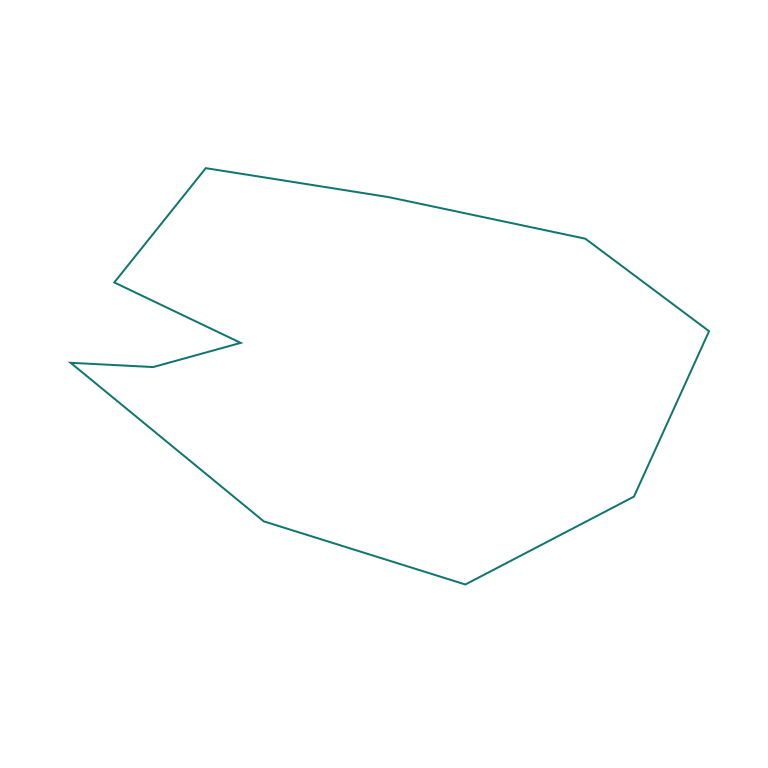 outline of Cork, rotated 189°
{"feature_id": "IRL-5569", "entity_name": "Cork", "entity_type": "City", "adm_level": 1, "iso_a3": "IRL", "parent_name": "Ireland", "parent_adm1": "", "projection": "natural_earth1", "projection_center": [-8.45, 51.888], "detail": "fine", "context": "isolated", "style": "outline", "palette": "teal", "viewbox_px": 768, "rotation_deg": 189, "n_neighbors": 0, "source": "natural_earth", "source_scale": "10m", "svg_char_len": 309}
<svg xmlns="http://www.w3.org/2000/svg" viewBox="0 0 768 768"><g transform="rotate(189 384 384)"><path d="M696.8,355.9L614.7,364.6L532.0,402.2L666.3,442.1L593.8,569.3L408.9,569.3L207.9,559.0L71.2,487.0L119.5,311.9L272.3,198.7L481.2,229.5L696.8,355.9Z" fill="none" stroke="#0f766e" stroke-width="2"/></g></svg>